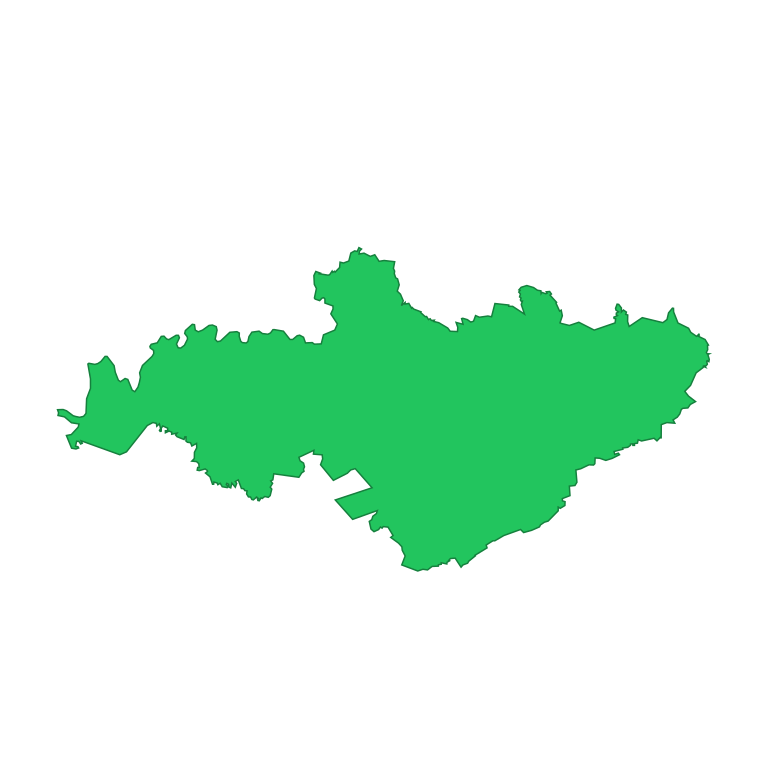 Tezonapa, Veracruz, Mexico (Albers equal-area conic projection), rotated 109°
{"feature_id": "50627088B71934722124571", "entity_name": "Tezonapa", "entity_type": "district", "adm_level": 2, "iso_a3": "MEX", "parent_name": "Mexico", "parent_adm1": "Veracruz", "projection": "albers", "projection_center": [-96.777, 18.559], "detail": "fine", "context": "isolated", "style": "filled", "palette": "green", "viewbox_px": 768, "rotation_deg": 109, "n_neighbors": 0, "source": "geoboundaries", "source_scale": "gbopen_adm2", "svg_char_len": 6128}
<svg xmlns="http://www.w3.org/2000/svg" viewBox="0 0 768 768"><g transform="rotate(109 384 384)"><path d="M534.9,475.4L534.3,473.4L536.2,471.4L536.1,469.8L532.3,467.6L533.2,465.4L533.7,466.3L535.2,465.3L535.0,463.9L531.7,463.2L531.9,461.9L529.2,460.1L528.8,456.5L526.6,455.3L519.9,455.9L518.6,458.0L514.2,457.0L512.5,459.6L510.8,457.9L504.8,459.0L499.9,434.1L494.9,432.9L492.6,431.2L490.7,432.4L488.2,432.2L485.0,434.3L483.9,438.4L481.0,440.6L469.5,428.7L473.3,427.9L471.1,419.4L474.8,417.6L481.0,417.7L491.6,400.5L480.3,389.6L476.1,387.5L473.4,383.6L486.0,361.5L509.5,392.3L522.2,369.6L505.8,349.1L509.0,349.0L512.7,351.5L516.3,351.4L518.7,353.2L525.4,349.1L526.9,345.4L523.4,341.7L520.4,340.8L520.9,338.9L519.1,338.3L518.0,333.6L524.3,326.1L526.9,327.7L529.7,318.5L532.1,314.1L535.3,312.6L539.7,308.0L549.3,308.3L549.8,291.2L546.5,286.9L545.6,282.3L540.8,279.1L538.5,273.3L537.2,273.7L535.8,271.2L534.4,271.7L533.7,266.0L532.1,266.4L529.9,264.5L529.8,265.4L527.4,264.4L525.5,260.0L532.1,251.5L529.3,250.4L526.2,246.6L524.0,246.2L516.8,241.7L516.4,242.3L505.4,233.2L503.0,235.0L496.8,230.0L496.2,228.2L488.3,221.4L477.1,207.5L479.0,203.6L474.3,196.8L468.5,190.5L466.3,190.2L462.5,187.4L460.2,184.2L447.2,178.0L443.7,179.2L444.2,176.9L440.0,173.4L436.3,174.5L436.4,177.2L434.3,178.1L429.0,171.8L420.2,175.5L417.8,170.4L414.1,169.6L402.8,174.6L400.1,170.4L393.7,163.9L392.4,159.5L390.7,158.7L385.2,160.3L384.0,156.0L384.0,149.4L380.1,144.1L374.2,138.3L373.1,139.9L375.4,143.0L372.9,144.5L367.9,136.9L366.8,137.5L364.5,132.9L361.7,131.0L360.6,131.4L359.6,129.4L361.0,128.7L360.5,127.2L358.9,127.9L357.4,125.1L354.0,125.5L354.0,121.9L347.4,111.0L348.9,107.4L344.0,105.1L345.3,104.2L332.1,108.6L328.4,104.0L326.4,96.3L323.8,99.0L319.9,95.9L316.0,94.6L311.2,94.6L309.7,93.5L307.7,88.9L303.6,87.7L299.2,83.7L296.3,92.2L293.0,97.2L285.5,93.7L271.8,92.5L264.5,87.6L263.4,87.8L263.5,85.4L262.5,86.8L261.9,85.4L260.1,84.7L257.4,86.3L256.7,86.0L257.1,84.1L254.8,84.5L250.7,87.4L249.6,86.3L250.2,88.5L249.1,89.5L246.2,89.1L242.2,90.7L241.6,89.9L237.4,94.9L236.5,102.5L235.1,101.8L234.4,102.5L237.2,104.0L235.3,110.7L232.1,114.2L230.6,125.9L221.6,133.6L218.2,134.9L218.4,136.0L224.1,138.1L230.9,137.4L235.2,140.3L237.2,161.4L249.8,170.9L245.7,174.0L239.4,176.0L239.5,178.1L237.1,178.2L236.1,181.7L238.7,183.0L234.8,184.3L232.3,188.0L232.6,189.6L237.1,189.7L238.7,188.6L239.4,185.7L241.3,187.4L242.7,187.0L243.3,185.5L246.0,188.4L247.1,187.8L246.9,186.2L251.0,185.4L264.6,202.8L262.2,219.9L268.3,227.8L269.0,235.8L268.9,237.5L261.4,237.6L256.5,240.5L257.9,241.7L251.5,247.8L250.6,247.4L245.9,256.0L244.4,255.0L242.6,257.5L244.0,260.6L245.1,259.4L246.0,260.5L246.0,264.7L247.2,264.9L244.8,266.0L245.4,269.4L244.1,274.0L244.4,281.0L247.9,285.8L251.1,287.1L251.2,285.8L253.2,286.5L254.5,284.3L257.5,284.2L258.1,282.4L260.1,282.4L261.1,281.1L260.6,280.1L264.1,280.1L272.2,273.9L268.7,287.6L269.9,291.4L268.7,291.7L271.8,305.3L285.4,304.2L285.9,307.9L289.8,315.5L289.5,319.7L295.5,319.8L297.2,322.1L296.0,326.1L296.2,330.9L296.9,331.9L301.8,328.7L302.3,335.9L306.4,332.7L310.5,331.6L312.6,338.6L310.3,342.0L308.2,352.2L308.7,357.5L307.3,357.2L308.5,359.9L307.3,361.6L308.6,362.9L306.3,365.7L306.9,367.0L304.5,372.6L303.7,372.5L303.5,380.1L302.5,382.3L303.3,382.6L299.7,386.8L301.6,390.1L300.0,390.6L304.2,393.1L299.0,392.9L293.7,397.7L291.9,401.7L285.3,401.9L280.2,405.4L279.8,407.5L276.3,410.2L273.8,410.7L271.7,412.7L264.9,413.7L267.2,424.1L269.6,428.6L264.8,434.8L267.8,438.5L266.8,445.5L269.2,449.9L266.2,450.4L263.7,449.2L263.2,452.1L267.4,452.5L267.7,455.1L271.0,458.0L279.2,457.3L282.8,461.7L283.1,465.2L288.3,463.9L294.1,466.6L293.5,467.5L295.1,468.8L294.1,469.8L298.4,471.0L299.3,472.3L300.8,480.9L299.9,480.3L299.8,485.1L304.3,485.6L312.5,482.3L315.7,479.0L325.3,477.8L326.1,476.8L326.1,472.0L322.9,470.5L322.0,469.1L322.9,467.5L326.7,466.2L326.8,457.7L329.7,456.6L335.0,457.1L342.4,447.6L349.1,448.1L357.2,457.2L366.5,456.4L369.0,462.8L368.2,465.3L370.7,471.6L366.0,475.3L365.3,479.6L366.6,481.8L371.6,484.8L372.5,487.4L366.8,496.3L368.3,505.5L368.8,506.7L372.6,507.9L374.7,509.9L375.9,515.4L374.7,519.3L378.0,525.8L383.1,527.1L388.2,526.5L390.1,527.7L391.0,531.5L390.3,533.3L386.1,536.4L382.9,537.4L382.4,540.1L385.3,546.6L396.6,552.6L398.2,555.3L396.7,558.2L387.4,559.4L384.4,561.3L384.1,565.4L385.6,568.5L392.1,573.1L395.1,576.6L394.5,580.0L389.6,582.5L390.0,584.7L398.1,589.2L401.1,588.9L403.4,585.4L405.5,584.4L412.4,585.3L416.2,587.9L416.8,590.4L413.8,593.2L406.9,592.5L404.9,594.2L405.6,596.4L412.1,601.9L412.2,604.2L410.4,607.6L411.5,610.1L418.9,611.8L422.2,617.0L424.6,617.6L426.0,616.7L427.3,612.8L430.2,611.6L433.5,612.3L445.1,618.4L453.0,618.7L456.9,616.5L462.2,615.8L467.1,615.6L472.4,617.1L471.8,620.1L463.1,627.7L463.1,630.6L467.6,633.9L466.9,636.4L460.4,641.9L454.5,645.2L448.1,654.8L448.7,656.7L454.9,659.0L457.9,661.3L459.6,663.8L460.5,669.8L461.5,670.5L474.7,663.2L483.7,660.1L494.7,660.4L508.8,656.2L512.4,657.5L514.6,661.0L515.1,665.1L515.2,667.6L512.7,675.4L512.6,679.1L514.6,684.3L517.2,682.3L519.9,682.0L519.1,675.4L522.4,666.9L521.1,659.4L524.4,659.1L533.6,663.2L536.1,667.5L546.4,658.5L545.7,654.1L543.9,651.9L542.9,653.0L543.3,655.4L538.2,656.0L537.6,653.8L539.5,651.3L538.3,650.0L536.3,651.9L536.9,610.8L532.0,605.4L500.3,594.3L495.7,590.0L495.3,586.4L497.9,585.1L494.8,583.4L498.9,580.7L501.0,581.2L501.7,580.2L501.1,579.3L498.3,580.2L495.7,579.5L496.2,574.2L498.4,573.3L499.4,575.5L501.3,574.8L498.5,571.9L498.7,569.0L500.6,568.4L497.8,563.7L500.1,564.4L501.2,562.5L501.6,555.0L498.8,555.1L498.4,554.0L502.4,552.7L503.1,550.9L502.5,547.8L505.2,545.5L501.2,541.9L505.3,540.3L510.3,541.0L516.2,539.1L519.5,540.6L518.4,536.0L519.6,533.2L523.1,531.6L523.6,533.0L526.3,532.6L526.0,530.4L522.5,525.4L523.3,522.9L524.2,522.4L526.3,523.8L528.4,518.3L534.6,513.5L534.2,512.4L532.1,512.9L531.9,509.6L533.3,508.3L531.2,506.6L533.8,503.5L533.0,498.5L531.6,498.2L530.4,500.4L529.1,500.3L529.4,498.3L532.0,497.1L532.1,495.1L527.2,495.6L530.0,491.0L525.9,490.9L524.6,492.8L522.1,490.6L529.2,484.8L528.7,482.7L530.1,480.8L529.6,478.7L532.7,478.1L534.9,475.4Z" fill="#22c55e" stroke="#15803d" stroke-width="1.5"/></g></svg>